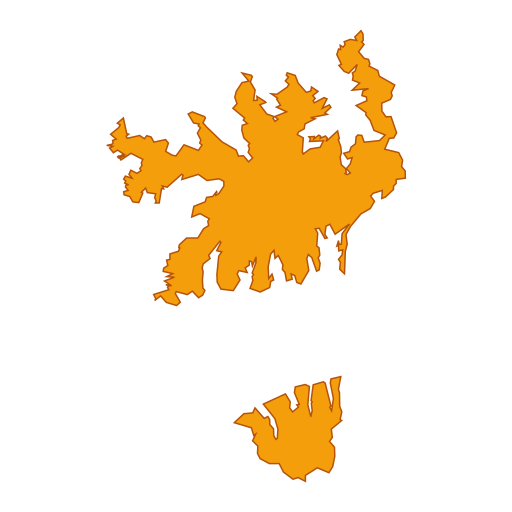 the district of Hasvik nor, Finnmark, Norway
{"feature_id": "86288312B50454164159248", "entity_name": "Hasvik nor", "entity_type": "district", "adm_level": 2, "iso_a3": "NOR", "parent_name": "Norway", "parent_adm1": "Finnmark", "projection": "orthographic", "projection_center": [22.251, 70.523], "detail": "fine", "context": "isolated", "style": "filled", "palette": "amber", "viewbox_px": 512, "rotation_deg": 0, "n_neighbors": 0, "source": "geoboundaries", "source_scale": "gbopen_adm2", "svg_char_len": 6061}
<svg xmlns="http://www.w3.org/2000/svg" viewBox="0 0 512 512"><path d="M361.0,30.7L354.8,37.0L356.7,40.5L350.3,39.4L344.2,41.7L345.1,44.6L343.1,47.1L340.2,45.3L340.6,49.5L338.6,49.0L336.8,54.6L341.4,64.3L338.9,65.4L344.2,71.4L348.7,73.2L357.2,64.5L355.1,71.2L352.3,72.9L353.2,76.1L352.5,80.1L359.7,83.0L352.2,90.2L368.6,88.6L362.9,91.0L361.9,95.6L366.4,96.9L366.8,100.8L356.1,105.5L366.1,112.6L365.7,114.8L370.2,120.4L374.0,130.4L385.2,135.0L379.4,140.6L364.2,142.2L361.8,135.4L357.9,135.0L356.1,136.8L355.5,143.8L351.0,147.2L349.6,151.6L343.7,153.3L347.6,159.0L352.1,157.6L350.2,164.0L346.4,168.6L350.3,173.0L347.2,174.6L345.1,173.6L346.4,172.5L345.4,168.4L341.3,164.7L340.1,157.0L341.4,153.1L340.8,146.8L338.3,139.6L339.3,138.6L337.6,130.9L326.1,141.5L327.3,138.1L325.4,136.0L320.2,138.3L320.7,136.3L318.8,135.1L313.8,139.0L314.4,136.5L308.9,136.8L310.4,138.9L309.5,141.5L323.4,140.8L320.2,147.3L310.1,148.9L302.6,154.5L303.5,153.4L302.3,152.3L303.3,137.9L297.3,134.6L298.5,132.0L304.2,128.8L305.0,123.9L315.1,118.8L310.6,117.7L327.3,114.4L324.8,112.9L330.9,107.3L329.3,104.9L322.3,108.3L327.0,98.9L324.1,97.6L314.3,102.8L313.1,100.9L315.2,98.4L312.7,95.6L318.0,91.4L311.5,87.0L310.8,90.9L306.3,92.4L298.1,83.0L295.2,75.4L287.2,72.8L286.3,75.3L288.5,77.1L285.3,80.9L288.9,84.3L287.2,87.1L276.9,94.3L271.3,93.8L277.5,98.1L276.7,99.2L280.5,105.3L276.5,107.1L286.6,111.8L274.7,116.6L278.0,119.2L275.1,121.4L273.0,118.4L274.2,116.6L266.8,114.0L259.8,104.8L265.8,102.5L265.1,101.6L256.9,96.4L257.3,100.2L253.6,100.5L255.1,90.0L250.4,82.0L252.3,76.7L251.4,75.3L242.1,73.0L248.8,81.1L242.0,82.6L236.3,91.3L234.8,97.2L237.0,103.7L232.9,108.3L244.6,118.0L243.3,120.1L247.4,123.5L242.2,125.3L241.8,130.2L243.9,138.0L249.7,143.6L248.2,145.3L249.4,148.5L248.2,152.3L252.6,158.0L248.6,161.8L243.4,155.7L238.5,156.2L236.1,150.0L222.1,141.9L206.5,126.9L203.0,122.8L205.4,118.0L204.5,116.6L192.3,111.9L188.2,114.0L193.6,123.0L199.1,124.0L198.2,125.7L200.4,127.8L197.4,133.2L200.8,140.0L199.7,143.1L202.0,145.1L198.4,150.4L184.0,144.8L176.0,155.9L172.2,155.2L165.7,151.4L168.4,143.1L165.6,139.6L153.9,142.1L151.1,137.0L146.8,135.7L144.4,138.7L139.6,135.5L127.2,138.3L126.1,136.2L128.7,134.2L126.7,133.6L123.4,118.0L117.3,123.2L120.2,124.9L118.7,127.6L110.6,134.3L116.2,139.1L112.6,140.4L113.1,142.9L111.9,144.3L106.7,145.4L112.8,146.3L109.6,148.1L113.4,152.7L117.6,150.1L124.6,154.7L122.1,154.9L120.5,156.0L118.9,155.9L117.1,157.0L124.5,155.9L119.0,158.1L121.4,159.5L120.3,160.4L131.0,153.3L142.8,159.4L141.3,163.0L142.0,165.4L139.8,168.6L141.0,170.7L136.9,173.3L130.8,170.2L129.0,174.3L132.0,178.2L125.4,176.1L123.6,179.1L125.8,181.0L124.7,183.1L128.6,184.8L126.1,184.9L125.4,186.9L128.1,190.4L123.7,191.7L124.1,194.8L129.7,196.5L132.9,201.9L138.8,202.6L142.8,193.1L141.4,192.3L145.6,188.1L147.3,192.6L155.7,193.8L154.7,197.6L156.2,201.1L155.3,203.0L159.2,203.0L161.5,188.7L163.7,188.9L162.2,186.0L167.1,187.2L181.6,174.3L183.0,175.2L181.8,179.5L198.4,174.4L207.0,180.5L219.2,178.8L223.8,181.4L223.9,186.0L219.0,193.4L215.8,195.4L215.3,194.0L216.9,192.2L216.6,191.5L212.7,196.5L206.6,197.4L205.2,201.8L193.9,206.3L191.7,217.0L200.1,213.6L209.3,218.8L207.8,221.2L208.6,225.6L203.7,228.6L197.8,238.0L186.7,238.0L179.3,244.8L178.8,247.7L179.8,248.0L178.4,251.3L169.9,253.9L169.9,259.4L166.6,260.1L167.8,265.6L163.7,268.1L163.2,271.4L172.7,273.6L166.7,276.6L174.4,277.2L164.5,281.0L171.6,285.8L165.8,284.6L168.8,286.1L167.5,287.4L168.8,289.7L153.7,294.5L155.8,298.8L154.7,300.5L160.6,295.9L166.3,302.4L176.6,305.5L180.3,302.2L175.3,293.5L176.3,291.6L187.3,294.6L192.3,291.2L198.6,297.7L202.7,295.1L204.9,290.4L202.9,288.1L202.4,279.8L203.1,271.9L202.2,267.8L203.2,263.9L210.1,258.5L208.6,255.4L219.9,241.2L220.9,242.5L216.7,250.7L221.7,251.8L218.7,256.2L216.9,274.4L217.2,282.1L220.9,289.1L233.3,290.6L240.0,280.0L237.2,274.0L238.8,270.6L247.2,272.5L245.2,267.9L249.3,265.1L249.4,260.9L251.7,261.8L252.4,266.0L256.1,256.9L255.9,262.9L252.2,273.0L253.5,274.5L252.1,276.6L252.9,280.4L250.0,288.4L260.2,292.0L269.7,287.5L270.7,281.5L273.7,280.0L272.0,274.1L268.7,278.5L268.2,266.7L270.6,254.1L274.0,250.3L275.0,258.4L278.3,255.5L282.9,264.8L282.4,269.5L285.0,272.4L286.5,280.9L292.2,279.2L291.1,274.0L294.7,275.5L296.8,282.5L300.9,284.0L308.8,270.5L306.8,258.6L308.3,254.5L311.8,257.6L316.6,271.2L319.2,269.9L320.1,263.2L318.2,257.9L319.8,255.0L319.0,247.7L316.7,246.1L317.7,233.2L315.3,228.7L319.2,228.3L324.9,238.5L327.2,237.9L324.9,234.4L326.0,226.2L329.9,224.3L335.1,234.2L349.5,224.0L342.1,233.6L341.3,244.2L339.1,244.3L338.5,240.6L336.9,246.0L338.4,245.1L338.8,250.9L342.7,249.9L342.1,254.8L338.5,259.4L340.4,262.4L339.7,269.2L344.5,273.8L345.3,251.4L347.2,244.2L346.0,234.5L350.6,226.3L360.9,213.9L370.3,208.5L374.5,201.3L370.6,196.0L373.1,193.3L382.3,190.4L381.8,198.5L385.5,197.0L393.5,189.5L393.5,186.2L396.2,183.4L396.1,179.4L405.3,178.2L405.2,171.0L401.6,166.6L402.6,160.1L398.7,152.6L384.7,149.2L389.3,138.3L393.7,138.0L396.6,132.9L391.0,116.6L385.9,116.8L381.9,111.1L381.7,103.2L390.5,99.4L392.2,95.8L391.2,92.5L394.8,85.0L379.3,76.2L377.8,70.5L369.0,66.1L369.9,63.9L368.5,59.4L364.2,58.4L358.6,51.7L364.0,44.4L361.6,41.9L363.2,40.5L363.0,34.0L361.0,30.7ZM283.4,472.0L293.0,479.2L298.1,477.6L305.4,481.3L305.4,475.4L317.3,467.8L328.9,472.7L332.7,466.6L334.8,456.3L334.5,447.2L329.5,441.4L332.3,437.4L331.3,429.1L341.7,420.5L340.1,419.5L341.8,411.9L339.7,406.4L339.5,392.9L338.4,389.3L340.8,376.6L331.0,378.9L330.3,382.9L333.4,398.5L331.6,410.8L329.7,407.3L330.9,405.9L325.1,383.0L323.3,381.8L313.2,384.8L311.1,400.5L312.2,402.0L311.3,403.3L312.2,410.7L310.8,416.7L307.8,404.7L309.4,386.5L305.3,384.5L295.3,386.9L294.4,392.6L299.3,404.5L296.8,404.8L298.4,407.1L292.6,411.9L289.7,407.9L290.2,401.8L285.4,393.9L263.3,404.1L274.9,418.6L277.9,429.2L277.3,438.3L275.9,439.4L273.8,435.9L273.5,428.8L269.8,424.5L269.7,419.6L267.9,416.5L264.2,418.4L255.0,407.9L252.8,412.9L243.9,413.7L234.3,422.7L251.4,427.8L253.7,435.4L255.7,434.0L252.6,440.8L257.8,446.0L257.5,453.5L260.1,458.6L269.4,463.6L279.2,463.6L283.4,472.0Z" fill="#f59e0b" stroke="#b45309" stroke-width="1.5"/></svg>